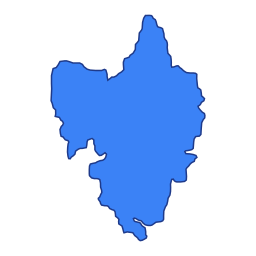 outline of Haifa, Haifa, Israel
{"feature_id": "584046B37321511847561", "entity_name": "Haifa", "entity_type": "district", "adm_level": 2, "iso_a3": "ISR", "parent_name": "Israel", "parent_adm1": "Haifa", "projection": "natural_earth1", "projection_center": [35.062, 32.763], "detail": "fine", "context": "isolated", "style": "filled", "palette": "blue", "viewbox_px": 256, "rotation_deg": 0, "n_neighbors": 0, "source": "geoboundaries", "source_scale": "gbopen_adm2", "svg_char_len": 3483}
<svg xmlns="http://www.w3.org/2000/svg" viewBox="0 0 256 256"><path d="M124.0,232.8L127.2,231.9L132.8,232.7L134.8,235.6L136.5,236.9L137.8,238.1L138.5,239.4L140.2,240.6L142.1,240.3L144.1,239.3L146.3,238.0L146.8,236.1L145.7,234.8L145.7,231.8L145.4,229.6L145.0,227.8L142.4,226.1L141.6,225.2L140.4,223.1L138.8,222.4L136.2,221.8L134.8,221.4L134.1,220.7L133.4,218.6L134.3,218.1L136.1,218.6L137.5,219.6L139.5,220.5L140.8,220.6L141.9,221.5L142.8,222.8L144.3,224.1L145.3,224.8L147.7,225.4L150.2,225.5L151.9,225.1L154.2,223.5L156.0,222.2L160.9,221.6L162.7,220.8L163.6,219.3L163.6,215.8L163.8,211.0L165.4,206.8L166.8,204.7L167.6,201.5L168.1,198.2L168.9,196.8L169.9,195.1L170.5,191.5L170.6,187.6L170.5,184.0L171.7,179.4L173.3,179.1L174.2,180.6L175.3,181.5L176.7,181.9L180.8,181.9L184.6,181.4L186.3,180.0L186.5,176.4L186.0,169.2L186.9,167.7L188.5,166.2L190.1,164.1L191.6,162.7L194.3,161.3L194.8,159.1L196.9,157.4L196.0,155.5L193.2,154.5L189.8,153.9L187.7,153.8L185.8,153.6L184.8,151.5L185.7,150.8L187.9,150.5L190.0,150.1L191.8,149.6L193.2,148.4L193.4,145.9L193.7,141.8L194.1,139.1L195.6,136.6L197.5,136.3L199.4,136.1L200.9,134.4L201.2,128.9L201.7,122.7L203.3,119.5L204.7,117.9L204.9,115.5L204.4,113.5L202.3,112.2L200.6,110.4L198.7,108.1L198.0,106.2L199.6,105.3L200.7,103.9L201.4,102.4L203.9,100.7L204.5,98.6L202.9,97.0L201.5,95.8L201.3,93.3L200.8,90.0L199.5,88.8L197.8,87.8L197.4,85.5L196.7,78.7L196.8,74.3L195.5,73.3L193.5,73.0L190.0,73.0L186.5,72.6L184.2,71.2L182.3,69.6L181.5,68.7L179.9,67.7L178.3,65.9L177.1,65.8L176.0,66.1L174.0,66.9L171.8,67.2L171.2,65.3L171.3,62.5L171.1,59.1L170.7,56.4L169.2,54.7L167.9,53.3L167.2,47.7L167.4,44.9L167.2,42.9L166.6,41.0L164.9,39.0L164.1,37.0L163.9,33.7L163.1,30.8L162.5,28.6L160.8,27.7L158.7,27.2L157.6,26.6L156.8,24.6L156.1,21.7L155.3,19.7L153.2,18.3L152.2,16.3L151.3,15.6L149.4,15.4L145.4,15.5L143.7,18.2L142.6,22.3L142.3,26.7L142.2,28.5L141.6,30.0L139.3,33.0L138.7,40.6L137.2,42.6L135.5,44.4L135.3,49.5L133.1,53.2L130.1,55.3L129.1,57.2L126.8,58.0L124.6,58.7L123.4,62.1L123.4,64.5L123.8,69.7L121.6,71.9L118.7,73.6L116.5,75.8L113.9,77.1L111.7,77.1L110.3,78.4L107.8,80.2L107.1,76.3L107.1,74.3L105.9,70.1L104.4,69.4L101.6,70.5L95.7,70.5L90.2,70.1L87.2,69.2L84.0,66.8L82.4,64.4L79.7,63.0L73.0,63.0L69.4,61.7L66.6,60.9L64.6,60.9L60.0,61.5L58.2,64.8L56.3,67.5L53.1,68.6L51.5,75.6L51.5,83.5L51.7,88.8L51.1,100.7L52.2,103.3L53.3,107.7L55.6,109.9L55.7,114.1L55.2,116.4L59.3,117.4L59.9,118.3L60.8,120.1L62.4,121.2L63.5,123.2L62.6,125.2L61.3,126.4L60.0,129.5L60.4,133.4L61.1,136.3L63.0,136.9L64.1,138.3L65.3,139.8L66.5,140.2L68.0,140.6L68.8,142.0L68.1,144.0L67.7,147.4L67.5,152.0L68.0,156.2L68.7,158.6L70.2,158.8L71.3,157.1L73.1,155.9L74.9,154.2L75.6,151.1L78.4,149.1L80.2,148.4L82.2,148.4L86.3,147.6L86.8,145.0L87.1,141.7L87.8,140.0L90.8,138.9L92.1,138.5L93.8,139.9L93.9,143.8L94.9,145.9L94.9,149.7L95.6,151.2L97.9,154.0L99.4,155.5L101.3,155.3L103.9,153.6L105.0,152.7L106.5,154.2L105.7,157.3L104.4,159.2L102.6,160.3L100.1,160.7L97.2,161.8L95.7,162.8L92.7,163.4L90.4,164.0L89.5,166.0L89.3,169.4L89.3,174.0L89.5,175.7L91.6,177.9L94.3,178.6L96.9,178.6L98.5,178.9L99.8,179.7L100.5,183.0L100.6,187.2L101.6,190.2L101.8,192.5L100.8,194.3L99.7,197.0L98.3,198.3L98.5,199.6L100.1,201.7L100.6,203.6L101.6,205.1L104.5,205.7L107.2,205.8L108.4,206.5L109.7,208.5L112.1,209.7L113.9,210.2L115.0,211.6L115.4,214.0L115.6,216.3L117.6,217.8L118.9,219.3L118.6,221.5L118.8,223.9L122.0,226.0L122.9,229.0L123.6,231.8L124.0,232.8Z" fill="#3b82f6" stroke="#1e3a8a" stroke-width="1.5"/></svg>